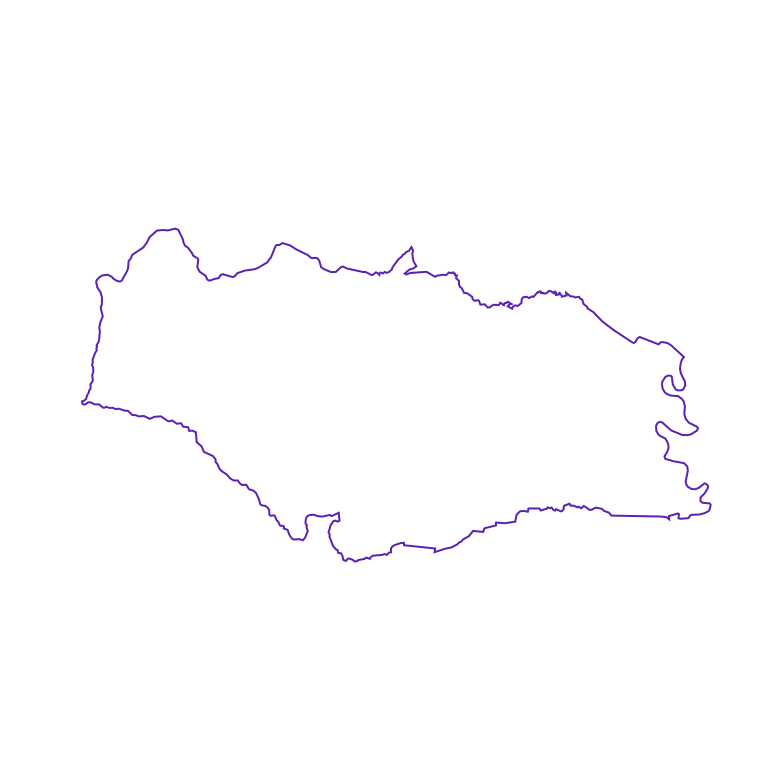 outline of San Pedro, Valle del Cauca, Colombia, rotated 166°
{"feature_id": "7082276B32366816455434", "entity_name": "San Pedro", "entity_type": "district", "adm_level": 2, "iso_a3": "COL", "parent_name": "Colombia", "parent_adm1": "Valle del Cauca", "projection": "orthographic", "projection_center": [-76.202, 3.977], "detail": "fine", "context": "isolated", "style": "outline", "palette": "violet", "viewbox_px": 768, "rotation_deg": 166, "n_neighbors": 0, "source": "geoboundaries", "source_scale": "gbopen_adm2", "svg_char_len": 6135}
<svg xmlns="http://www.w3.org/2000/svg" viewBox="0 0 768 768"><g transform="rotate(166 384 384)"><path d="M681.2,440.2L681.5,437.9L680.4,436.7L678.6,436.5L675.5,437.8L673.1,437.2L669.6,434.2L665.4,433.1L662.3,429.0L661.0,428.6L659.2,429.1L656.3,427.3L652.9,426.5L650.3,424.4L647.5,424.3L642.0,420.9L638.9,419.9L635.8,414.9L632.2,413.7L630.1,412.0L624.6,411.0L619.7,406.8L614.8,407.7L608.3,406.6L602.7,400.4L601.2,399.7L598.4,399.9L594.5,395.5L590.5,395.1L589.1,391.1L584.5,389.4L584.3,385.6L581.2,385.1L578.2,382.7L579.8,373.0L576.1,367.6L575.2,361.7L567.4,355.5L565.7,351.6L566.2,348.9L565.1,347.0L564.3,342.1L562.9,339.1L558.2,333.9L556.1,329.6L553.2,326.8L549.2,325.8L548.1,322.8L546.2,320.3L542.0,319.6L540.5,314.6L536.7,312.3L534.6,309.5L533.2,302.3L533.2,297.5L532.1,295.9L528.7,294.5L526.8,292.3L525.9,289.5L526.8,284.7L525.7,283.5L523.1,283.3L521.8,282.6L521.3,278.1L519.8,275.6L519.3,272.2L518.6,271.4L515.9,270.6L515.6,269.2L516.2,268.1L512.8,265.8L512.4,261.1L511.0,256.8L509.3,254.9L503.5,253.9L500.7,252.0L497.8,253.9L493.5,259.8L493.8,263.6L493.0,265.7L493.8,267.1L493.6,269.0L492.3,272.3L490.3,274.4L487.9,274.8L484.0,274.2L480.2,271.8L476.1,270.3L468.4,270.0L466.7,268.5L459.1,270.0L460.2,262.2L461.9,261.6L464.8,263.4L466.1,263.2L469.9,260.0L473.8,253.2L473.1,251.6L473.8,249.0L472.7,239.4L470.7,235.2L469.2,234.2L469.4,231.3L466.7,230.2L465.9,227.4L466.1,223.3L463.8,221.5L461.8,223.0L460.3,223.2L457.0,221.1L455.2,218.8L452.7,218.6L451.7,219.4L445.4,219.0L443.3,219.9L440.0,217.8L439.0,219.1L436.3,220.1L427.0,218.6L424.7,218.9L422.5,217.5L420.1,219.1L417.9,219.0L417.1,222.5L415.5,224.2L412.7,225.1L406.5,225.6L403.1,225.1L403.6,222.7L374.1,212.0L375.6,208.6L364.1,209.4L358.4,209.1L352.0,210.6L348.8,212.3L347.3,212.3L345.0,214.0L338.5,215.8L333.1,219.9L323.6,216.5L321.5,219.7L309.6,219.7L308.8,222.5L300.5,219.7L290.0,218.7L287.1,224.9L285.0,226.3L282.6,227.6L279.1,227.0L275.3,225.3L273.9,228.3L263.3,225.6L262.7,223.4L256.2,223.6L255.0,224.7L252.8,223.2L251.3,223.6L249.9,220.6L248.6,219.8L247.3,220.9L243.2,217.6L242.1,217.6L240.0,219.0L239.2,221.7L238.3,222.4L232.9,222.9L232.2,220.7L229.7,220.2L225.9,217.5L224.9,217.9L222.7,215.7L219.7,217.3L217.1,214.9L215.6,212.5L214.4,212.0L212.7,211.8L208.4,212.8L202.9,210.3L201.2,207.6L196.8,204.7L195.2,201.3L147.0,188.3L142.4,186.6L140.0,183.7L139.6,186.9L130.3,187.3L129.3,186.6L130.7,182.4L128.5,181.4L121.0,180.2L118.9,182.2L117.5,182.7L110.3,181.2L104.5,181.1L100.2,182.0L98.7,183.1L97.0,186.0L96.3,187.6L96.8,189.3L103.4,191.6L105.0,193.3L105.2,194.8L104.1,197.5L99.4,200.3L95.3,204.3L94.4,205.9L94.5,207.3L95.7,209.3L97.2,210.0L103.1,207.3L107.0,206.5L111.0,207.7L114.1,210.8L115.0,213.4L114.9,216.3L110.1,226.5L109.7,230.7L112.1,234.7L121.8,239.0L129.1,243.3L129.4,245.9L126.1,249.1L123.5,252.7L122.7,256.8L123.8,262.0L124.6,263.4L128.7,266.9L129.9,268.7L131.1,272.4L130.3,277.1L129.3,278.7L127.8,280.0L125.7,280.6L123.4,279.5L116.6,269.5L106.9,262.4L101.6,260.9L98.2,260.9L91.5,263.1L89.9,265.2L91.2,267.4L97.6,272.7L99.8,277.6L99.9,282.2L97.4,289.5L97.5,294.7L98.4,297.1L101.5,301.1L108.6,303.4L112.0,305.9L113.6,308.1L114.8,312.3L114.3,316.7L113.2,319.1L109.3,322.8L106.2,323.4L103.7,322.6L103.0,321.3L103.9,313.6L102.4,308.4L100.7,306.8L96.7,305.9L95.1,306.3L92.2,309.5L91.4,313.4L93.4,322.5L93.1,327.3L90.7,333.2L88.6,336.0L86.5,337.6L95.9,351.9L99.0,355.1L102.8,357.0L105.5,357.6L107.9,356.0L124.6,367.8L127.2,366.9L130.0,363.8L131.8,363.4L133.4,364.7L148.4,381.1L156.9,391.7L163.4,403.0L168.1,408.0L168.2,409.6L171.0,413.4L171.3,418.0L173.1,419.5L173.6,421.4L177.5,421.7L179.6,423.4L181.6,423.7L185.2,428.4L185.5,425.7L190.3,425.7L190.3,427.6L191.8,428.9L191.3,429.7L191.7,430.0L192.9,428.5L195.7,428.8L195.8,430.3L194.9,430.5L195.7,432.3L196.6,432.3L197.5,431.2L199.6,433.6L201.5,434.5L203.9,432.9L206.6,432.9L207.7,434.1L208.7,433.8L209.8,434.4L209.6,435.8L210.5,436.2L212.3,435.5L212.8,435.9L217.9,432.3L219.0,433.2L222.5,432.3L224.7,434.2L228.3,434.4L229.9,432.9L231.0,429.4L235.4,427.3L237.5,428.5L240.1,428.0L241.5,426.0L245.1,429.5L243.1,430.9L241.1,430.9L244.0,433.9L246.0,432.9L247.5,433.3L248.6,431.4L251.5,434.7L253.6,432.8L258.6,434.4L263.0,432.8L265.0,433.3L266.9,436.9L271.3,437.7L271.7,441.8L272.7,442.6L276.0,442.8L277.5,445.0L277.3,447.2L281.5,452.0L284.2,452.9L285.3,457.9L286.8,460.1L287.1,462.6L286.3,466.1L288.5,469.2L287.0,471.7L288.6,472.1L288.5,474.1L289.8,474.5L289.9,475.6L292.2,475.5L294.1,476.5L297.4,474.6L300.0,475.7L306.4,476.3L308.5,475.7L315.7,482.6L331.8,485.4L335.7,484.8L337.2,486.2L331.6,488.9L327.3,489.1L324.1,490.4L325.6,495.7L325.6,498.6L325.0,503.6L323.5,506.4L324.3,510.2L327.5,507.2L330.6,506.7L332.3,505.3L334.3,504.9L335.9,503.4L340.1,501.3L347.6,495.1L348.4,493.5L352.4,491.3L354.8,491.3L356.2,492.6L358.2,491.5L360.4,493.0L361.4,492.5L362.1,491.0L363.6,493.5L365.1,494.3L368.3,492.6L369.8,492.8L374.8,497.2L377.2,497.7L392.1,505.1L395.6,508.0L397.9,507.6L403.6,504.4L408.3,505.4L414.4,509.9L416.7,512.5L417.0,519.4L418.2,521.9L419.2,522.8L423.2,523.5L424.5,524.3L426.6,527.4L436.5,535.8L441.7,541.3L448.5,545.3L451.8,544.2L454.5,544.8L455.7,544.3L462.9,534.4L468.0,530.2L478.7,527.0L481.9,526.7L491.2,527.7L499.4,527.1L502.5,524.8L505.0,524.4L513.9,529.5L514.9,529.5L516.3,529.1L518.9,526.7L522.8,527.0L528.3,526.4L530.2,528.1L531.0,532.3L535.4,537.1L536.1,539.0L536.9,542.6L534.1,549.6L534.3,550.7L538.2,554.8L538.5,557.2L541.1,563.4L543.7,566.5L544.3,569.9L544.2,573.5L546.4,583.5L549.1,585.3L556.8,585.3L560.7,586.8L567.2,587.8L575.8,583.3L580.4,578.1L584.8,574.6L596.9,570.3L599.5,566.9L602.0,565.1L604.4,558.2L605.9,555.8L613.6,547.6L615.5,547.3L618.0,548.5L620.9,551.4L622.4,554.1L625.9,556.9L631.1,557.5L634.2,556.5L637.5,554.4L638.6,552.7L638.8,547.1L636.9,541.7L636.7,536.1L638.7,529.0L640.0,527.5L640.5,525.5L640.5,517.7L643.7,513.4L646.5,508.1L647.1,503.5L649.5,496.4L650.9,493.7L653.6,490.9L653.4,489.5L654.5,488.1L654.5,486.3L657.2,483.5L660.9,478.0L661.4,475.3L662.8,472.7L662.2,470.7L663.1,466.2L665.1,462.8L665.5,458.5L666.3,456.9L668.8,454.8L669.9,450.3L671.7,449.0L672.6,447.0L675.0,444.7L676.7,441.5L678.8,440.4L681.2,440.2Z" fill="none" stroke="#5b21b6" stroke-width="2"/></g></svg>